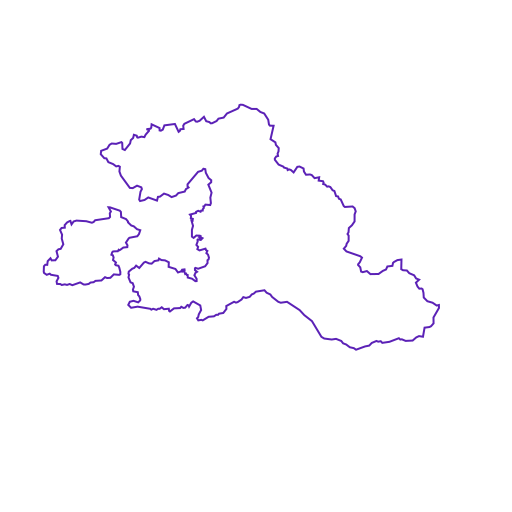 the district of Cao Loc, Lạng Sơn, Vietnam, rotated 31°
{"feature_id": "81297802B94679881937971", "entity_name": "Cao Loc", "entity_type": "district", "adm_level": 2, "iso_a3": "VNM", "parent_name": "Vietnam", "parent_adm1": "Lạng Sơn", "projection": "orthographic", "projection_center": [106.799, 21.875], "detail": "fine", "context": "isolated", "style": "outline", "palette": "violet", "viewbox_px": 512, "rotation_deg": 31, "n_neighbors": 0, "source": "geoboundaries", "source_scale": "gbopen_adm2", "svg_char_len": 6096}
<svg xmlns="http://www.w3.org/2000/svg" viewBox="0 0 512 512"><g transform="rotate(31 256 256)"><path d="M409.0,265.4L414.6,260.8L420.8,252.9L422.7,253.3L423.9,252.3L428.0,251.7L433.8,247.8L435.3,243.2L437.0,240.7L440.7,239.2L437.4,230.6L441.2,227.6L442.2,226.1L442.9,222.3L439.8,217.3L439.6,206.3L438.0,203.8L436.4,205.4L431.4,205.1L426.2,206.5L421.2,205.2L418.5,201.3L415.9,198.7L414.7,198.6L412.8,199.9L410.2,199.0L406.8,196.5L408.0,192.3L404.8,192.8L401.5,191.1L396.2,191.8L392.8,190.7L389.3,192.5L387.3,192.5L382.5,184.1L379.3,186.7L377.4,190.0L377.0,191.3L378.0,194.2L374.0,197.3L374.4,200.6L372.4,203.4L370.3,208.3L363.4,212.6L358.8,211.8L355.8,214.9L354.1,215.2L351.2,212.0L348.1,211.1L347.8,210.5L348.2,208.0L347.7,202.8L345.5,202.5L331.2,205.5L327.5,204.5L328.1,200.9L327.4,198.8L327.6,195.3L324.9,190.8L323.1,190.0L323.1,188.1L321.2,184.2L322.4,180.3L322.7,175.6L319.1,169.6L318.5,166.4L315.9,164.2L313.3,163.8L306.9,168.2L305.5,168.0L299.5,163.9L297.6,164.2L295.7,162.7L293.8,163.4L289.7,159.9L287.8,160.2L284.2,158.6L282.4,158.9L281.3,159.9L278.5,159.2L276.5,159.7L276.1,158.2L274.9,157.4L270.9,159.1L269.6,156.0L266.1,159.1L262.1,157.9L260.3,158.3L257.0,160.6L253.6,158.9L251.7,156.5L247.2,156.9L245.5,158.3L245.2,165.0L241.5,164.3L239.8,164.7L238.9,166.0L237.8,164.9L234.4,165.8L233.5,165.3L228.3,166.0L222.6,163.8L221.9,162.7L222.1,160.3L223.4,158.9L221.8,157.2L221.4,154.7L219.9,151.8L215.8,150.5L214.1,148.6L208.3,148.4L204.0,135.3L200.8,137.1L199.4,136.6L196.3,132.9L189.6,129.6L185.6,130.3L180.8,129.6L176.5,132.2L166.9,133.2L164.9,134.2L164.1,135.2L164.7,136.9L164.5,139.0L157.7,148.8L157.0,154.0L153.1,157.6L152.7,160.6L150.0,164.8L148.8,165.6L147.1,165.2L143.9,166.1L139.7,163.5L138.0,169.2L136.4,171.2L135.1,171.7L132.4,170.6L126.5,179.6L126.5,181.8L128.5,184.4L125.9,186.3L126.3,187.9L125.7,189.4L118.5,184.6L110.2,191.2L111.0,195.7L109.9,197.6L108.7,198.0L107.4,196.0L98.7,196.9L100.1,199.9L100.0,201.2L96.8,203.7L99.2,203.2L99.8,203.8L98.9,208.8L99.1,211.6L96.3,212.7L93.8,215.4L93.1,215.5L91.8,214.3L88.9,215.0L89.9,218.1L89.0,221.2L90.1,224.4L89.0,232.7L86.4,233.0L83.1,228.0L82.0,227.7L78.4,231.9L74.4,233.9L73.2,236.1L73.1,240.6L69.1,245.6L70.5,248.7L75.6,250.3L77.5,249.4L81.1,251.6L86.2,250.8L90.0,251.2L91.7,249.6L93.3,249.6L95.4,253.9L98.8,256.7L112.8,262.6L115.4,261.3L117.8,257.0L122.3,256.2L123.7,257.4L123.9,260.4L126.8,267.8L128.3,268.6L131.6,265.4L133.5,261.3L142.6,259.5L141.5,255.8L143.1,254.6L145.0,249.9L149.4,248.9L153.3,249.0L156.3,245.4L157.0,242.1L161.7,237.5L161.5,234.7L162.9,232.0L161.4,231.5L160.4,229.8L163.0,213.7L165.6,210.8L166.0,208.3L167.8,207.7L170.1,210.5L175.2,213.6L178.6,214.1L179.6,215.9L178.4,219.4L185.3,224.6L186.8,229.5L190.1,233.9L190.5,235.9L186.2,238.0L186.1,239.8L185.4,240.6L186.5,241.6L186.3,243.3L186.9,244.5L185.6,245.4L185.7,246.6L183.2,247.0L181.9,249.0L182.4,250.0L178.1,254.5L179.7,255.1L180.7,257.2L182.7,256.7L183.5,258.5L182.5,258.9L186.5,262.6L187.6,266.6L191.1,272.4L193.2,272.6L194.3,269.2L197.4,267.5L198.2,267.5L197.8,268.9L199.8,268.5L198.9,269.9L199.2,270.4L200.7,269.4L200.4,270.7L197.7,271.6L197.5,272.3L198.5,273.5L199.2,277.2L201.7,278.0L202.2,280.3L204.7,280.3L208.9,275.7L210.2,276.7L211.7,276.7L212.0,279.1L214.1,279.5L216.5,281.6L217.1,283.4L216.6,284.6L218.1,287.0L217.7,291.0L213.0,296.7L210.2,297.4L210.0,298.0L211.0,299.6L213.6,299.9L212.8,301.5L213.1,304.2L216.9,306.2L218.0,308.1L217.0,308.8L212.9,308.4L208.6,309.6L207.2,307.5L206.4,307.9L205.2,307.1L204.6,307.9L202.4,306.0L201.4,306.9L201.1,305.6L202.0,304.8L201.6,304.3L199.7,305.8L199.7,307.8L197.6,310.3L193.6,308.6L186.7,310.3L184.5,306.3L180.3,306.6L177.0,308.2L174.2,308.2L174.6,310.0L171.6,312.6L170.5,316.3L168.2,317.4L164.3,317.9L163.3,319.4L162.1,326.4L158.2,326.0L157.8,328.9L156.5,330.6L155.0,334.9L155.8,336.9L156.8,337.3L157.7,340.0L162.0,343.2L164.3,342.8L167.2,345.2L167.8,348.2L169.0,349.5L173.3,347.9L175.1,350.2L176.8,350.7L179.1,352.6L179.6,353.7L178.9,356.4L174.1,357.5L171.4,360.2L171.7,363.7L175.6,364.7L180.6,360.4L192.6,355.7L193.9,355.9L195.0,354.2L198.4,353.4L199.4,351.5L200.6,350.9L201.6,348.5L204.5,349.0L208.4,346.1L209.8,347.8L210.8,347.9L212.7,343.1L217.8,339.7L218.1,338.0L220.5,337.9L221.9,336.8L222.5,333.3L223.7,333.0L224.7,333.8L224.6,329.4L225.5,327.3L233.7,327.1L236.8,330.6L237.0,335.5L237.9,338.1L237.5,339.8L239.7,340.9L242.0,338.9L243.5,338.6L246.7,332.5L251.0,329.4L252.2,326.9L253.8,325.9L254.0,324.5L257.3,321.7L257.9,316.6L256.3,314.2L260.8,306.5L262.8,306.3L264.0,305.0L266.0,300.8L266.3,297.8L269.0,297.1L271.6,294.3L272.2,291.0L273.4,289.5L274.3,286.6L280.9,281.0L284.0,282.0L288.1,281.6L290.9,282.8L298.7,283.8L301.3,283.3L306.2,279.3L321.3,279.9L327.8,281.8L337.5,283.0L353.7,291.6L357.0,291.6L363.9,288.6L367.3,285.8L372.9,284.9L375.6,286.0L378.9,285.4L383.4,285.9L387.3,284.6L390.0,284.8L396.1,277.3L399.2,274.5L400.0,270.9L403.0,266.8L404.9,266.5L406.8,264.8L409.0,265.4ZM143.5,293.5L140.2,294.3L135.9,293.5L133.4,294.1L129.0,293.1L128.6,292.4L125.6,291.3L120.4,292.1L117.5,287.8L115.9,287.3L105.8,289.5L104.5,290.2L108.7,292.6L108.7,294.7L110.8,297.7L110.4,299.4L99.7,308.2L99.3,310.5L98.2,312.0L92.6,313.6L83.9,318.1L81.9,320.3L81.6,323.9L78.8,321.5L78.3,322.0L76.8,324.5L76.1,328.1L77.5,330.2L74.9,332.1L74.6,334.6L78.8,337.6L80.5,341.1L84.8,345.2L84.9,350.5L83.2,352.0L82.5,354.6L86.6,358.6L86.2,363.0L83.1,365.0L81.0,363.8L80.1,367.7L81.6,371.1L79.9,372.0L79.5,374.0L82.2,378.9L83.1,379.7L86.3,379.9L88.3,377.4L89.9,377.7L96.3,375.2L97.9,376.5L98.1,380.4L99.8,382.4L102.8,380.8L104.4,380.9L106.7,378.8L108.9,378.1L110.7,376.0L113.6,375.6L118.9,369.2L122.9,369.2L124.4,368.4L127.0,366.1L127.8,364.0L130.3,362.1L131.2,360.0L136.1,356.6L137.5,351.9L139.7,351.6L142.4,349.7L143.6,345.0L148.5,342.6L149.1,341.6L148.0,339.6L144.8,336.4L143.1,335.2L140.6,336.1L139.6,335.8L139.3,333.7L135.5,333.1L134.7,330.6L132.9,329.1L131.4,329.4L130.9,327.3L130.9,326.1L131.8,325.2L135.1,323.1L135.1,321.4L135.9,321.5L136.5,320.5L137.9,317.1L141.1,314.7L140.3,313.0L137.6,311.5L137.8,306.7L138.1,305.6L144.1,300.2L144.4,297.5L143.5,293.5Z" fill="none" stroke="#5b21b6" stroke-width="2"/></g></svg>